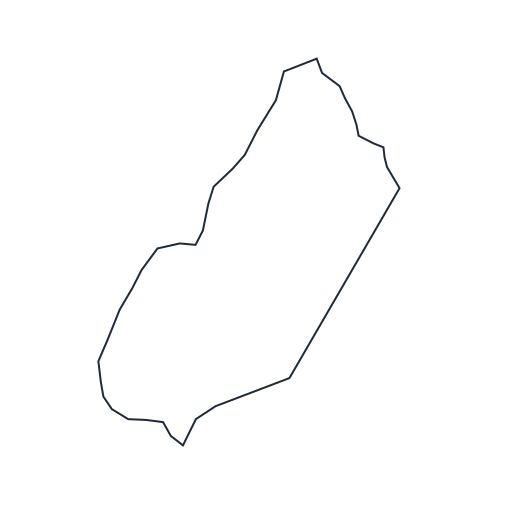 Pano Dikomo, Cyprus (Mercator projection), rotated 117°
{"feature_id": "46923920B27145570377181", "entity_name": "Pano Dikomo", "entity_type": "district", "adm_level": 2, "iso_a3": "CYP", "parent_name": "Cyprus", "parent_adm1": "", "projection": "mercator", "projection_center": [33.32, 35.282], "detail": "fine", "context": "isolated", "style": "outline", "palette": "slate", "viewbox_px": 512, "rotation_deg": 117, "n_neighbors": 0, "source": "geoboundaries", "source_scale": "gbopen_adm2", "svg_char_len": 638}
<svg xmlns="http://www.w3.org/2000/svg" viewBox="0 0 512 512"><g transform="rotate(117 256 256)"><path d="M52.6,291.5L78.9,314.9L108.2,309.0L143.3,311.9L171.1,311.9L188.7,316.4L213.5,325.2L231.1,322.2L257.4,314.9L273.5,314.9L279.4,329.6L294.0,347.2L320.4,351.6L340.8,351.6L365.7,353.1L397.9,350.2L421.3,348.7L438.9,336.9L450.6,328.1L457.9,314.9L459.4,295.8L452.0,279.6L446.2,263.4L455.0,250.2L457.9,235.1L428.6,235.5L408.1,223.8L349.6,170.8L130.4,158.9L117.3,179.6L109.8,186.2L101.3,191.8L102.3,202.2L102.3,219.1L92.9,226.6L83.5,236.0L75.1,248.3L66.7,258.6L62.9,280.3L52.6,291.5Z" fill="none" stroke="#1e293b" stroke-width="2"/></g></svg>